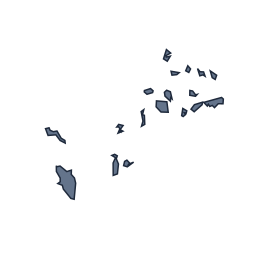 Notioy Aigaioy, Notio Aigaio, Greece, rotated 118°
{"feature_id": "26713481B52894455575268", "entity_name": "Notioy Aigaioy", "entity_type": "district", "adm_level": 2, "iso_a3": "GRC", "parent_name": "Greece", "parent_adm1": "Notio Aigaio", "projection": "natural_earth1", "projection_center": [26.069, 36.671], "detail": "medium", "context": "isolated", "style": "filled", "palette": "slate", "viewbox_px": 256, "rotation_deg": 118, "n_neighbors": 0, "source": "geoboundaries", "source_scale": "gbopen_adm2", "svg_char_len": 1848}
<svg xmlns="http://www.w3.org/2000/svg" viewBox="0 0 256 256"><g transform="rotate(118 128 128)"><path d="M216.2,142.1L201.3,148.3L197.3,151.8L195.6,156.3L191.8,158.2L195.2,161.6L193.5,170.1L195.8,172.9L194.9,173.6L200.0,170.8L204.0,164.4L207.3,162.6L210.0,163.9L209.4,159.1L212.3,156.4L217.0,145.4L216.2,142.1ZM98.4,106.4L95.2,99.9L86.6,106.0L90.7,115.6L96.1,113.1L98.4,106.4ZM64.2,59.7L62.0,55.5L57.7,57.4L57.1,59.7L69.8,73.1L71.4,68.3L69.3,68.2L70.6,65.9L68.5,64.2L69.4,61.2L64.2,59.7ZM170.8,176.4L168.6,177.9L168.4,182.2L164.0,189.3L166.3,192.2L166.6,195.7L164.9,197.8L167.3,200.5L172.1,195.1L167.9,188.5L170.9,182.1L170.8,176.4ZM176.8,118.8L173.5,115.8L164.3,119.5L160.7,123.9L157.6,124.4L157.5,127.4L159.8,129.4L160.1,125.1L165.9,124.7L176.8,118.8ZM72.7,73.5L70.2,74.3L76.2,80.3L81.8,81.2L82.6,77.2L72.7,73.5ZM81.6,102.8L76.1,107.6L76.5,111.6L79.4,112.6L82.5,110.3L84.4,103.2L81.2,104.5L81.6,102.8ZM50.6,124.7L44.7,124.4L47.4,127.5L46.3,128.5L41.8,125.5L40.7,130.9L50.3,129.1L50.6,124.7ZM44.2,73.8L39.8,74.5L39.0,82.1L44.0,77.3L44.2,73.8ZM116.9,114.9L109.1,119.5L109.5,121.4L104.4,122.7L107.3,124.1L114.9,118.0L120.1,116.9L116.9,114.9ZM162.6,110.4L155.5,107.0L159.5,110.3L158.2,110.1L156.9,113.9L159.1,115.3L163.3,114.2L162.6,110.4ZM85.2,122.9L83.4,123.3L82.6,126.6L87.2,131.1L88.5,130.6L89.3,127.1L85.2,122.9ZM45.9,86.7L46.1,84.3L43.0,87.6L44.5,90.8L42.9,94.5L48.2,89.1L45.9,86.7ZM133.2,131.0L133.2,132.7L134.6,132.3L134.0,134.3L128.1,133.5L129.2,137.9L132.4,138.4L131.4,136.8L132.5,134.8L137.2,134.4L133.2,131.0ZM87.5,83.6L85.2,84.2L85.0,88.8L91.9,86.4L92.0,84.7L89.0,83.5L88.1,85.4L87.5,83.6ZM70.1,88.8L68.3,83.3L65.9,82.7L67.0,83.9L65.0,88.3L65.8,91.0L70.1,88.8ZM55.1,108.8L57.7,116.6L60.7,114.0L58.0,110.0L55.1,108.8ZM50.4,100.4L46.5,100.5L45.0,104.4L50.4,103.9L50.4,100.4Z" fill="#64748b" stroke="#1e293b" stroke-width="1.5"/></g></svg>